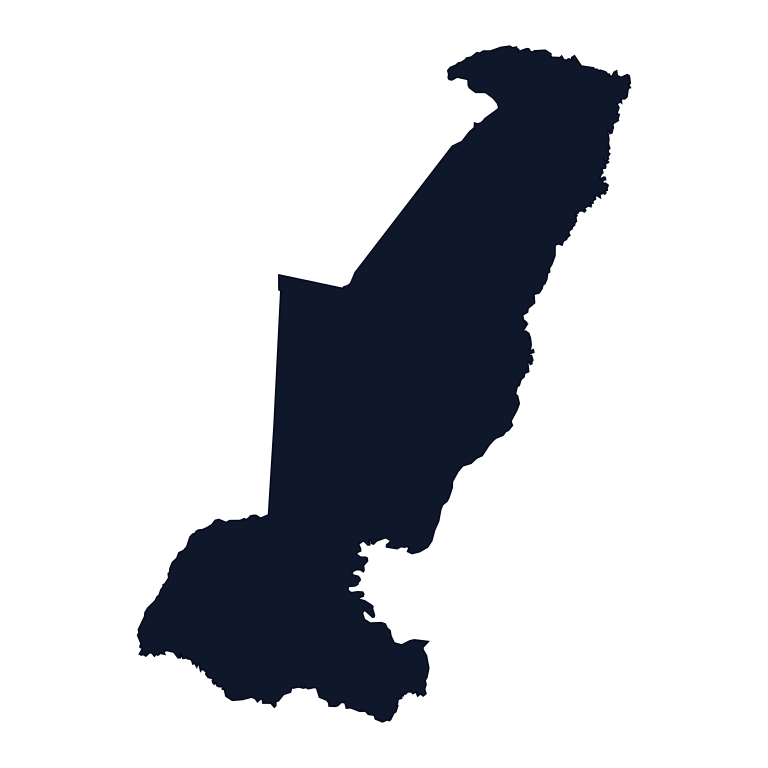 the district of Alto Araguaia, Mato Grosso, Brazil
{"feature_id": "56859067B16833881564042", "entity_name": "Alto Araguaia", "entity_type": "district", "adm_level": 2, "iso_a3": "BRA", "parent_name": "Brazil", "parent_adm1": "Mato Grosso", "projection": "albers", "projection_center": [-53.413, -17.424], "detail": "fine", "context": "isolated", "style": "filled", "palette": "ink", "viewbox_px": 768, "rotation_deg": 0, "n_neighbors": 0, "source": "geoboundaries", "source_scale": "gbopen_adm2", "svg_char_len": 6058}
<svg xmlns="http://www.w3.org/2000/svg" viewBox="0 0 768 768"><path d="M423.2,696.0L426.0,693.7L424.6,689.2L426.1,684.5L425.1,680.6L426.9,677.4L428.8,668.3L426.5,655.5L423.0,649.6L423.0,647.3L428.4,641.5L414.2,639.8L409.9,640.8L401.7,644.9L394.2,642.9L390.9,635.7L390.1,630.6L387.2,628.2L385.3,624.0L381.3,622.6L370.3,623.1L364.5,619.5L362.7,614.1L362.8,612.0L364.0,610.5L365.7,611.0L372.6,617.3L374.1,616.9L374.5,615.1L372.5,608.6L373.0,606.8L372.0,605.5L364.7,600.8L359.2,599.3L358.4,597.9L363.2,596.3L363.8,594.1L362.7,592.1L357.6,591.7L351.6,592.7L349.0,591.3L347.7,588.9L348.8,586.4L355.2,585.9L357.9,584.2L358.2,582.4L360.2,580.3L359.9,578.3L358.1,576.2L353.8,575.3L351.7,573.5L353.3,571.1L356.7,569.6L360.5,569.9L363.2,571.8L364.1,570.5L363.5,565.5L367.5,561.0L367.3,558.2L366.0,557.3L360.3,557.1L356.7,554.3L357.2,552.4L360.6,551.1L360.6,548.7L358.5,544.1L363.6,540.8L367.9,545.1L369.8,544.8L369.0,540.2L370.8,540.1L371.3,543.2L373.5,544.2L376.6,541.0L385.6,537.7L390.0,540.2L390.0,542.0L386.5,545.0L386.5,547.0L397.2,548.7L400.8,546.7L404.8,547.2L407.3,546.4L408.9,547.9L407.5,551.5L412.1,553.6L419.7,551.7L427.6,547.1L431.8,540.8L434.7,530.0L438.7,521.0L440.8,509.5L442.7,504.8L447.2,501.1L448.8,497.9L452.2,487.8L452.5,481.5L457.9,471.7L462.7,465.9L471.1,463.3L476.4,458.3L482.2,455.6L488.9,445.3L492.9,440.8L495.8,438.2L503.1,435.2L505.8,431.5L508.3,430.5L512.5,425.3L511.0,421.8L511.5,420.2L516.8,410.3L519.3,403.6L517.6,396.0L515.5,394.0L517.2,386.6L519.3,385.4L521.0,379.6L524.1,376.9L524.7,373.3L528.7,371.7L527.8,362.9L529.4,362.0L530.3,364.4L532.0,363.6L531.8,362.0L532.9,360.1L531.5,355.5L528.8,355.1L529.8,353.5L533.8,352.4L533.4,349.7L531.0,350.7L529.3,349.8L530.6,348.7L531.2,344.5L530.7,340.0L529.2,339.4L530.5,338.3L528.8,333.4L525.7,331.1L523.9,331.7L523.6,330.0L527.4,324.0L525.8,323.7L524.8,322.3L526.3,322.2L524.5,320.5L522.7,320.6L523.4,318.6L522.5,315.2L527.6,312.1L528.1,308.3L534.6,302.9L534.0,294.3L539.3,292.9L542.2,288.3L542.9,284.9L544.9,283.7L546.9,278.9L547.6,273.1L549.6,272.1L549.5,267.9L551.7,264.7L555.0,255.7L555.1,245.3L558.3,243.8L562.1,245.1L563.3,241.2L566.5,239.4L567.3,237.5L569.9,235.3L568.8,233.1L569.1,231.0L572.1,228.7L572.6,226.6L574.6,225.2L574.8,223.2L576.5,221.2L575.8,217.0L577.0,215.7L575.6,214.3L577.9,213.1L579.2,210.9L582.8,210.9L584.3,212.0L585.8,210.5L584.4,208.0L588.7,205.9L590.9,206.8L591.4,205.1L590.2,202.7L593.0,203.2L592.9,200.5L595.5,199.3L595.1,196.1L597.0,195.6L600.4,197.8L599.8,193.9L601.9,194.0L602.8,192.4L604.6,194.2L605.9,192.9L605.2,190.6L607.3,190.3L607.0,188.4L608.2,185.2L605.4,183.1L603.0,183.6L602.7,181.9L603.2,180.2L605.6,179.7L605.2,177.3L603.7,177.1L600.1,179.1L600.0,177.5L601.2,174.3L602.9,172.8L601.9,168.5L605.3,168.2L605.9,166.6L604.9,164.4L608.6,162.2L607.1,160.4L608.6,158.7L607.8,156.8L609.8,153.8L608.4,152.7L608.1,150.1L609.8,148.4L608.4,143.7L608.9,139.1L607.8,131.8L609.0,130.6L610.1,133.7L611.9,132.9L613.4,127.2L612.6,124.8L614.0,123.0L618.4,120.5L618.0,118.7L619.3,114.5L616.9,113.6L619.0,107.6L617.0,103.8L620.2,101.9L621.6,103.0L621.0,98.9L624.7,98.9L626.0,98.0L627.1,96.6L628.0,89.8L628.7,88.2L630.4,87.7L628.6,84.5L630.3,83.5L629.6,77.3L629.1,75.7L627.3,74.6L621.1,77.4L617.3,75.5L616.6,70.8L614.0,72.2L612.2,75.9L609.6,76.2L609.4,74.1L607.6,74.3L606.3,72.3L604.1,71.3L600.4,70.2L598.6,70.7L597.0,69.2L594.7,69.4L593.6,67.8L581.3,66.0L574.5,55.7L571.7,57.5L571.6,59.8L568.4,58.8L566.6,60.2L564.0,59.8L561.6,56.0L560.1,57.6L552.1,57.3L550.8,56.2L551.0,53.9L545.3,50.2L534.4,50.8L532.4,52.2L530.1,51.2L528.9,48.9L526.7,48.6L518.5,51.6L518.7,49.4L517.1,49.0L516.5,47.0L512.7,47.8L509.8,46.1L500.7,47.4L490.5,51.0L483.3,51.0L479.7,53.2L477.0,52.6L471.2,57.1L466.5,58.0L465.0,60.0L460.4,62.8L458.8,62.6L455.7,65.2L450.2,67.5L447.7,70.6L448.7,74.1L448.2,77.8L449.1,79.4L451.8,80.0L457.1,77.1L468.0,79.5L468.3,85.4L469.3,87.6L475.6,92.4L485.4,92.4L493.1,98.0L497.5,103.4L498.6,107.4L498.1,109.0L485.4,118.2L481.8,122.3L477.9,124.0L474.5,123.0L474.4,127.6L469.5,131.8L462.0,141.5L452.3,146.1L355.2,272.4L350.5,283.5L347.4,285.8L343.9,286.8L342.7,288.4L278.8,274.9L278.9,289.8L280.8,290.7L274.0,425.8L268.5,514.8L260.6,518.2L256.1,515.4L253.7,515.3L250.3,516.0L248.6,518.2L245.7,519.7L244.3,518.6L240.0,520.5L229.6,520.6L226.1,522.5L218.8,519.4L215.2,520.3L211.8,524.8L206.8,527.7L202.4,529.7L198.5,530.0L196.1,531.4L194.7,533.7L192.7,534.0L190.1,536.7L186.7,546.9L183.6,550.4L178.8,552.8L176.8,558.2L172.4,562.4L170.0,568.2L169.5,572.5L168.2,573.6L168.7,577.8L164.9,583.9L163.1,584.7L163.1,586.7L160.8,589.9L159.0,595.3L157.1,596.7L155.1,600.8L147.7,608.1L145.0,612.5L144.6,616.5L138.3,629.8L139.1,632.3L137.6,635.2L141.2,644.3L140.1,645.4L140.1,647.4L142.6,648.3L139.3,654.1L141.2,655.1L143.2,654.5L145.9,656.1L149.7,652.5L152.1,653.3L154.4,656.2L156.4,654.2L158.0,655.2L160.3,653.3L164.9,654.3L164.1,652.8L164.6,651.2L166.7,650.5L173.8,652.2L178.1,657.9L180.2,657.8L180.5,654.4L183.0,658.5L185.4,658.1L186.7,656.8L187.2,658.7L190.4,659.3L191.9,660.8L192.7,664.0L194.9,663.5L196.8,667.1L197.4,665.1L198.9,664.0L200.6,671.0L202.2,668.9L206.3,672.1L205.8,674.3L208.2,677.5L213.8,678.7L212.3,680.3L212.7,682.6L214.1,684.2L215.4,682.6L217.1,685.9L219.8,686.9L222.0,685.9L222.4,689.3L224.4,689.4L225.8,696.1L232.3,700.4L242.6,699.5L251.8,697.1L255.4,698.9L257.4,701.8L260.9,698.8L262.4,699.6L262.8,703.1L270.7,703.1L274.3,707.2L275.7,706.0L276.0,701.2L278.3,701.0L283.6,694.4L290.5,692.2L291.8,687.5L293.5,688.1L298.4,687.0L303.9,688.2L305.0,687.2L308.4,688.8L314.5,687.4L316.6,688.1L319.4,697.2L326.7,700.1L328.8,703.1L329.0,706.1L335.4,706.4L337.7,705.7L341.3,702.3L345.0,702.8L346.3,708.2L350.5,707.8L359.6,711.3L365.4,711.1L368.3,714.4L374.2,715.2L375.3,719.0L382.5,721.9L387.2,719.9L389.3,720.7L390.8,719.4L393.8,713.1L395.9,711.8L397.8,705.6L396.1,705.0L397.4,704.0L398.1,699.3L401.7,698.3L401.5,695.5L403.2,695.9L403.7,694.2L405.9,693.9L407.5,691.9L409.6,691.9L411.6,692.0L412.8,693.6L416.0,692.0L417.7,696.1L420.5,693.8L423.2,696.0ZM607.1,160.4L604.3,160.9L604.0,159.0L606.0,158.8L607.1,160.4Z" fill="#0f172a" stroke="#020617" stroke-width="1.5"/></svg>